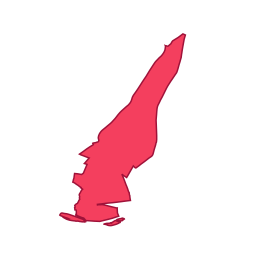 Basatin, Al Qahirah, Egypt (Natural Earth projection), rotated 294°
{"feature_id": "37247803B92056872151518", "entity_name": "Basatin", "entity_type": "district", "adm_level": 2, "iso_a3": "EGY", "parent_name": "Egypt", "parent_adm1": "Al Qahirah", "projection": "natural_earth1", "projection_center": [31.251, 29.98], "detail": "fine", "context": "isolated", "style": "filled", "palette": "rose", "viewbox_px": 256, "rotation_deg": 294, "n_neighbors": 0, "source": "geoboundaries", "source_scale": "gbopen_adm2", "svg_char_len": 5243}
<svg xmlns="http://www.w3.org/2000/svg" viewBox="0 0 256 256"><g transform="rotate(294 128 128)"><path d="M64.7,97.7L62.9,98.2L60.6,98.9L60.2,99.0L58.8,99.1L57.9,99.3L56.1,99.6L56.1,101.3L56.0,101.8L55.6,103.6L55.3,105.8L55.0,106.8L54.6,109.2L54.2,109.1L54.2,109.4L53.9,110.0L53.7,111.4L53.6,111.5L52.9,111.1L52.3,110.9L52.1,110.9L51.4,110.8L51.1,110.8L49.4,110.7L48.1,110.5L47.1,110.6L46.8,110.8L46.0,111.5L45.5,111.8L45.3,111.9L44.4,112.0L44.0,112.3L43.4,112.8L43.2,112.9L42.4,112.7L42.0,112.6L40.4,112.6L39.3,112.5L38.6,112.5L37.8,111.8L37.4,111.5L36.4,111.2L35.7,110.8L34.2,111.9L33.6,111.6L32.6,112.3L31.6,112.8L32.0,113.8L31.7,114.2L29.8,115.2L28.6,115.5L28.5,115.9L27.8,116.3L27.2,115.1L27.3,117.6L27.4,122.0L27.7,124.2L26.8,126.2L26.2,126.8L29.2,135.1L31.2,140.2L34.6,144.6L39.0,150.2L43.7,155.4L45.3,153.7L46.1,152.9L46.5,152.7L48.4,151.7L50.3,150.8L50.6,150.7L50.4,150.3L50.3,150.0L49.1,143.6L48.9,142.5L48.7,141.3L48.4,139.5L48.2,138.6L48.0,137.3L47.6,135.9L47.2,135.0L46.7,134.0L46.2,132.9L45.8,132.1L45.3,131.4L45.8,131.1L47.6,134.1L50.3,138.6L51.7,141.0L53.5,144.3L56.0,148.5L58.3,152.3L59.8,154.7L62.8,159.7L64.7,158.4L66.6,157.3L66.9,157.2L67.2,156.8L67.5,156.5L68.7,155.8L69.4,155.4L70.0,154.5L70.6,153.9L72.4,152.3L74.6,150.1L75.2,149.4L79.1,145.6L81.8,142.8L82.9,141.6L83.2,141.8L82.8,143.3L82.2,146.9L83.8,147.1L95.5,148.3L94.6,150.7L94.6,150.9L94.6,151.2L94.7,151.4L94.9,151.6L98.4,153.6L100.2,154.5L104.0,156.7L105.7,157.6L109.1,159.4L111.0,160.6L111.3,160.8L112.1,161.2L112.6,161.3L113.0,161.4L113.7,161.5L115.4,161.3L118.9,160.7L123.8,160.1L125.5,159.7L126.7,159.7L129.1,158.9L132.7,157.3L141.9,152.8L146.5,150.5L150.8,149.0L155.2,147.4L157.7,146.6L159.0,146.3L160.6,146.1L165.2,146.3L166.7,146.3L170.2,146.6L180.2,147.0L182.6,147.2L188.0,148.0L190.6,148.5L193.5,149.0L196.8,149.6L197.8,149.8L198.4,149.9L200.0,149.8L201.0,149.7L203.3,149.4L207.2,148.8L209.0,148.6L210.5,148.4L212.4,148.1L214.0,147.9L217.0,147.0L218.9,146.5L221.0,145.9L224.1,145.1L231.9,143.2L234.0,142.9L235.7,142.7L236.3,142.6L236.3,139.9L231.1,137.0L229.8,136.1L225.8,133.4L224.6,133.1L222.4,132.9L219.2,131.4L219.0,131.1L218.7,130.5L218.7,129.7L218.6,129.4L218.4,129.0L218.4,128.6L218.1,128.9L216.6,129.4L215.2,129.8L214.4,130.0L212.5,130.1L210.7,129.9L209.2,129.6L207.4,129.1L204.2,127.7L202.3,127.1L201.4,126.7L199.1,126.0L196.3,125.5L189.3,124.4L182.3,123.5L180.7,123.2L179.6,123.0L176.1,122.4L171.4,121.7L167.6,121.1L164.8,120.6L161.9,120.0L159.9,119.6L159.6,119.6L158.4,119.5L157.8,119.5L156.3,119.7L154.3,119.9L153.5,119.9L152.3,119.8L151.4,119.6L149.9,119.2L148.8,118.8L147.1,117.9L141.3,115.3L139.0,114.4L136.4,113.6L131.5,112.4L129.1,111.6L126.7,110.8L125.5,110.3L124.6,109.9L115.7,105.5L114.5,105.0L113.5,104.7L112.5,104.5L111.4,104.3L109.7,104.3L109.1,104.3L108.7,104.4L107.7,104.6L107.4,104.7L107.0,104.8L106.5,105.1L105.6,105.8L105.2,106.1L104.8,106.3L104.4,106.5L104.1,106.5L103.9,106.5L103.5,106.4L103.2,106.3L102.9,106.0L102.6,105.7L102.2,105.1L101.8,104.8L101.7,104.7L100.0,102.2L99.7,102.0L99.3,102.4L99.1,102.9L99.0,103.0L98.8,103.1L98.3,102.9L95.3,100.8L92.1,98.8L87.7,96.3L84.4,94.3L84.3,95.9L84.4,97.3L84.7,103.0L84.8,104.7L77.8,102.6L77.9,103.2L78.1,105.4L69.6,105.6L68.9,105.6L68.5,105.6L67.9,105.3L67.4,104.9L67.0,104.7L66.7,104.6L66.6,104.3L66.0,101.9L65.6,100.4L64.7,97.7ZM20.6,104.7L20.7,106.7L21.0,109.6L21.0,110.0L21.0,110.4L20.9,110.7L20.9,110.8L20.8,110.7L20.7,110.4L20.5,108.8L20.3,105.1L20.3,104.8L20.2,104.7L20.1,104.9L20.0,105.4L19.8,107.6L19.7,108.7L19.7,109.2L19.8,110.0L19.9,110.9L20.0,111.9L20.3,113.1L20.6,114.3L21.2,116.3L21.6,117.5L21.7,118.3L22.1,119.1L22.5,119.9L22.6,120.3L22.8,121.0L22.9,121.7L22.9,121.9L23.3,123.0L23.5,123.9L23.8,124.7L24.4,126.0L24.5,126.7L24.6,126.8L24.8,127.0L24.8,126.9L25.1,126.5L25.6,125.8L25.8,125.3L26.0,125.1L26.1,124.8L26.2,124.4L26.2,123.9L26.2,123.5L25.8,117.7L25.6,115.3L25.4,112.6L25.2,110.6L25.1,109.4L24.9,108.0L24.7,106.9L24.2,105.2L24.0,104.5L23.6,102.7L23.5,102.3L23.2,101.9L23.1,101.7L22.6,101.4L21.9,101.2L20.9,101.1L20.7,101.1L20.6,101.3L20.5,101.9L20.6,104.7ZM31.1,148.3L30.9,148.4L30.9,148.6L31.0,149.2L31.1,150.0L31.3,150.7L31.6,151.5L31.9,152.1L32.3,152.8L32.7,153.3L33.5,154.3L34.5,155.5L35.2,156.3L36.2,157.3L37.0,158.0L37.9,158.6L38.5,159.2L38.8,159.2L39.1,159.1L39.1,158.6L39.1,158.4L38.9,158.1L38.8,157.6L38.6,157.0L38.6,156.8L38.6,156.4L38.6,156.1L38.4,156.1L38.4,155.6L38.4,155.4L38.5,155.1L38.5,154.9L38.4,154.3L38.2,154.0L38.0,153.8L36.8,152.9L36.1,152.5L35.2,151.8L35.1,151.7L34.9,151.8L34.8,151.6L34.7,151.5L34.4,151.4L34.5,151.2L34.4,150.9L34.2,151.0L34.2,150.8L34.1,150.7L33.5,149.8L33.1,149.4L33.1,149.2L33.0,148.9L32.8,148.5L32.4,147.7L32.0,147.0L31.7,146.6L31.1,145.9L30.6,145.2L30.4,145.2L30.4,145.3L30.5,145.7L30.6,146.0L30.7,146.4L31.0,148.0L31.1,148.3ZM39.5,155.6L39.4,155.6L39.3,155.8L39.5,155.9L39.6,156.4L39.7,156.5L39.7,156.8L39.6,157.6L39.8,158.0L40.0,158.7L40.8,160.2L40.9,160.3L42.8,161.3L43.4,161.7L43.5,161.6L43.6,161.0L43.5,160.5L43.5,160.1L43.3,159.5L43.3,159.4L43.2,159.4L42.9,159.6L42.8,159.3L42.7,159.2L42.7,158.9L42.6,158.6L42.2,158.2L41.9,157.6L41.6,157.2L41.4,156.9L41.1,156.5L40.9,156.3L40.7,156.2L40.5,155.8L40.3,155.6L39.9,155.2L39.7,155.1L39.5,155.6Z" fill="#f43f5e" stroke="#9f1239" stroke-width="1.5"/></g></svg>